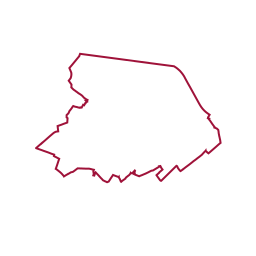 Bergen op Zoom, Noord-Brabant, Netherlands, rotated 127°
{"feature_id": "6326949B50303337761735", "entity_name": "Bergen op Zoom", "entity_type": "district", "adm_level": 2, "iso_a3": "NLD", "parent_name": "Netherlands", "parent_adm1": "Noord-Brabant", "projection": "equal_earth", "projection_center": [4.307, 51.505], "detail": "fine", "context": "isolated", "style": "outline", "palette": "rose", "viewbox_px": 256, "rotation_deg": 127, "n_neighbors": 0, "source": "geoboundaries", "source_scale": "gbopen_adm2", "svg_char_len": 4768}
<svg xmlns="http://www.w3.org/2000/svg" viewBox="0 0 256 256"><g transform="rotate(127 128 128)"><path d="M97.6,210.9L99.7,210.3L100.1,210.1L100.5,210.2L110.0,210.6L112.1,210.7L115.4,210.9L117.8,206.8L118.0,206.6L118.2,206.4L118.3,206.2L118.6,206.0L119.0,205.7L119.3,205.4L119.9,205.1L120.3,204.8L120.9,204.5L121.1,204.4L121.4,204.3L122.1,204.0L122.5,203.9L122.8,203.8L123.1,203.8L123.3,203.8L123.5,203.8L124.6,203.8L125.9,203.8L127.3,199.3L129.0,198.1L129.7,197.7L129.9,196.2L130.0,195.9L130.0,195.6L130.1,194.6L130.1,193.9L130.1,193.6L130.0,192.4L130.1,191.8L130.0,191.1L130.0,188.5L129.9,188.5L130.0,188.5L129.8,185.9L129.8,185.7L129.8,184.1L130.2,181.9L130.3,181.6L130.3,181.2L130.3,180.9L130.3,180.6L130.2,178.1L130.2,177.9L130.1,177.7L129.9,177.3L131.3,176.5L131.4,176.9L131.5,177.1L131.7,177.5L131.8,177.0L133.7,176.8L133.8,177.1L136.2,176.7L136.4,177.8L139.6,177.3L140.2,178.4L140.5,178.3L140.8,178.5L141.1,179.1L141.6,180.2L141.8,180.8L142.0,181.4L142.6,182.6L143.0,183.5L143.1,183.9L143.2,184.3L143.4,184.9L143.5,184.9L143.7,185.0L144.0,185.0L145.0,185.0L145.7,184.9L146.4,184.9L147.9,184.9L149.6,185.0L149.9,184.9L152.2,184.4L154.6,184.8L154.9,184.6L156.5,183.4L156.5,182.2L160.2,179.8L161.0,180.3L162.5,181.3L163.4,181.9L165.5,183.2L168.8,185.4L172.7,181.7L173.8,182.8L174.1,183.1L174.3,183.3L174.5,183.4L174.9,183.7L175.2,183.8L175.7,184.0L176.1,184.2L176.6,184.4L178.4,184.8L181.5,185.5L192.2,187.7L192.1,187.8L198.3,189.1L199.3,189.3L199.4,189.2L197.5,183.3L197.1,181.9L195.5,176.9L194.6,173.6L193.7,170.9L195.0,170.3L194.8,168.9L194.6,168.3L194.6,167.9L194.3,166.2L194.1,165.1L194.0,164.4L195.9,163.8L200.6,162.2L204.1,161.1L204.0,160.4L204.1,156.5L204.2,154.9L204.2,154.7L204.3,154.0L204.4,153.3L204.6,152.3L204.8,151.5L204.9,150.8L204.9,150.6L205.0,150.4L205.2,150.0L204.4,149.7L202.1,148.8L201.3,148.4L200.9,148.3L200.9,148.2L200.4,148.0L199.5,147.6L197.9,147.0L197.7,146.9L197.5,146.7L197.4,146.6L196.3,145.7L196.1,145.6L195.9,145.5L193.9,144.9L192.8,144.6L190.7,144.0L190.5,143.9L190.3,143.6L187.5,139.6L186.9,138.7L185.7,137.0L184.2,135.0L184.0,134.8L183.9,134.6L183.8,134.4L183.7,134.2L183.1,132.9L182.9,132.4L182.6,131.6L181.9,130.1L183.5,129.6L184.9,128.1L185.1,127.9L185.4,127.7L185.6,127.6L186.1,127.4L186.7,127.2L186.3,126.3L183.8,127.1L183.2,127.3L182.9,127.3L182.9,126.9L183.1,126.1L183.3,124.8L183.7,122.4L183.8,122.0L183.9,121.6L184.1,120.3L184.2,120.0L184.5,117.8L184.8,116.5L184.8,116.4L184.7,116.2L184.4,114.3L184.2,113.8L184.1,113.3L184.1,113.0L183.9,112.1L183.3,111.7L183.2,111.7L182.5,111.3L182.4,111.2L181.0,111.3L180.6,111.3L178.4,111.5L177.9,111.5L177.2,111.5L176.7,111.6L176.1,111.6L174.5,111.7L174.3,110.9L173.8,109.2L173.5,108.2L173.3,107.5L173.1,107.0L173.0,106.4L172.9,105.8L172.7,105.8L172.8,105.7L173.3,104.8L173.4,104.7L173.5,104.4L173.5,104.2L174.1,103.1L174.7,102.1L175.0,101.6L175.1,101.4L175.1,101.1L174.2,100.9L173.6,100.8L173.0,100.6L169.9,99.6L169.7,99.7L169.4,99.8L169.2,99.8L168.9,99.8L168.7,99.8L168.4,99.7L166.4,99.2L164.7,98.7L164.0,98.7L162.8,98.7L162.4,98.7L162.2,98.8L162.2,98.7L161.8,97.4L157.9,97.0L158.0,96.6L158.5,96.5L158.8,96.4L160.7,95.6L160.2,95.3L161.0,94.3L159.8,90.0L158.8,89.5L158.5,89.3L157.6,88.7L155.5,87.5L154.0,86.6L153.9,86.6L153.7,86.4L153.4,86.3L150.7,84.9L150.4,84.8L148.0,83.6L146.9,82.5L144.9,81.7L139.1,79.4L139.1,79.5L139.0,79.4L139.2,79.2L139.3,79.1L139.4,78.6L140.2,76.2L140.4,75.4L140.5,75.4L144.5,76.3L144.8,76.3L145.2,76.2L145.3,76.2L145.4,76.3L146.6,76.5L148.4,76.9L148.5,76.9L149.2,74.8L149.3,74.5L150.2,71.6L150.4,70.9L150.4,70.6L150.4,70.3L150.4,70.2L150.3,69.8L150.2,69.7L130.7,66.8L128.7,66.5L128.4,66.4L128.5,66.4L129.2,65.3L129.5,64.8L129.8,64.3L130.0,63.8L130.5,62.1L130.6,61.5L130.8,60.9L130.8,60.3L130.8,60.1L128.0,59.2L127.9,59.3L127.2,59.0L126.7,58.9L124.5,58.3L120.1,57.0L117.4,56.3L116.3,56.0L115.3,55.8L113.1,55.1L111.3,54.6L110.8,54.5L107.7,53.6L106.5,53.3L105.3,53.0L105.1,52.9L104.8,52.9L103.7,52.8L100.7,52.5L100.1,52.4L99.5,52.3L99.4,52.3L99.5,52.2L99.6,51.8L99.6,51.6L99.6,51.3L99.8,49.7L99.8,49.2L99.8,48.5L97.6,48.0L90.1,46.4L86.6,45.7L84.9,45.3L84.2,45.1L83.9,45.4L83.4,45.9L83.2,46.1L82.9,46.4L82.3,47.0L80.5,49.1L79.7,50.0L79.5,50.3L79.4,50.5L79.0,50.8L77.8,52.2L77.1,52.9L76.8,53.1L76.5,53.4L75.2,54.8L75.0,56.6L75.0,56.8L75.1,57.0L75.1,57.3L75.6,59.1L75.3,59.1L75.2,59.1L75.1,59.3L75.1,59.6L73.9,63.6L73.8,63.9L73.7,64.1L72.7,67.1L72.4,68.3L72.1,69.2L72.1,69.6L71.9,69.5L72.0,69.8L71.9,69.9L71.9,70.1L71.7,70.3L71.3,70.5L71.0,70.5L70.9,70.5L68.3,70.8L68.4,73.0L68.4,75.3L68.2,77.5L67.8,79.8L67.2,82.0L66.4,84.2L65.5,86.3L57.8,103.5L57.0,105.4L56.8,105.7L56.7,106.1L54.0,112.1L53.0,114.2L52.2,116.4L51.6,118.6L51.1,120.9L50.9,123.2L50.8,125.4L51.0,128.4L62.4,148.5L75.8,172.3L97.6,210.9Z" fill="none" stroke="#9f1239" stroke-width="2"/></g></svg>